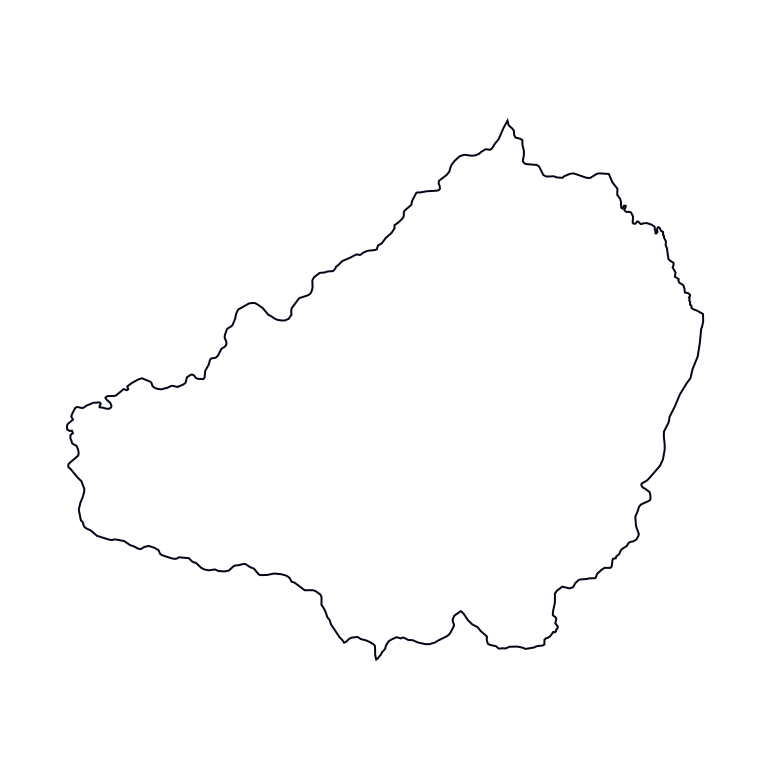 the district of Hatu-Builico, Ainaro, East Timor, rotated 96°
{"feature_id": "22284137B50442427378542", "entity_name": "Hatu-Builico", "entity_type": "district", "adm_level": 2, "iso_a3": "TLS", "parent_name": "East Timor", "parent_adm1": "Ainaro", "projection": "mercator", "projection_center": [125.548, -8.944], "detail": "fine", "context": "isolated", "style": "outline", "palette": "ink", "viewbox_px": 768, "rotation_deg": 96, "n_neighbors": 0, "source": "geoboundaries", "source_scale": "gbopen_adm2", "svg_char_len": 6133}
<svg xmlns="http://www.w3.org/2000/svg" viewBox="0 0 768 768"><g transform="rotate(96 384 384)"><path d="M449.0,691.7L451.9,689.6L457.2,694.6L459.6,694.9L462.5,694.2L463.6,691.4L463.0,689.6L465.4,688.2L467.4,690.4L470.7,690.3L473.0,688.9L475.1,688.3L476.3,686.8L477.6,683.4L480.5,681.7L484.0,680.5L487.1,680.6L496.3,689.2L498.2,689.6L499.9,689.0L500.9,687.2L509.0,679.0L512.3,674.8L519.8,671.0L523.2,671.0L527.9,671.8L534.2,673.6L540.9,674.4L551.3,671.2L552.7,669.3L556.9,667.5L558.5,665.5L560.3,660.4L565.0,653.5L567.3,642.4L567.7,638.3L566.8,636.2L566.7,633.9L567.4,625.9L570.8,619.6L571.4,616.5L573.4,611.4L573.7,608.8L571.2,605.5L569.6,601.2L570.9,595.2L572.8,590.9L576.2,589.0L577.4,587.1L579.6,576.9L579.8,573.7L579.2,571.7L577.8,569.9L577.6,559.9L580.3,556.7L581.4,554.2L581.3,552.7L585.8,546.7L587.1,543.8L587.4,541.6L587.6,538.6L586.1,532.9L587.3,528.9L587.1,523.2L585.8,518.8L581.5,515.1L580.3,513.5L579.1,508.7L577.6,504.9L577.6,502.8L580.1,498.1L581.3,493.9L586.3,488.9L587.0,487.1L586.1,480.2L584.0,473.5L583.9,466.6L584.6,461.9L585.5,459.6L587.1,457.3L590.3,455.3L590.9,452.2L597.4,441.3L596.5,433.1L597.2,430.3L600.1,425.2L602.7,423.8L610.2,423.1L613.8,420.1L617.5,417.9L621.7,416.1L624.6,413.3L628.6,411.6L640.4,401.8L643.7,397.9L645.5,396.6L644.1,394.5L641.2,392.2L639.7,389.8L638.4,384.4L638.8,382.7L640.1,380.5L640.9,374.8L642.1,371.3L643.9,367.2L645.5,365.6L655.1,364.3L658.8,362.9L657.7,361.7L653.6,358.9L650.9,357.8L647.2,355.2L643.8,354.7L639.4,352.5L637.2,349.7L634.5,345.1L635.3,340.6L634.3,339.2L634.3,337.4L636.0,333.2L635.8,328.6L637.5,323.3L638.4,315.8L637.9,311.4L635.8,306.3L633.5,303.4L628.6,295.6L626.8,293.5L624.5,292.0L617.4,289.2L615.9,289.3L612.9,290.8L610.3,291.0L606.9,289.7L601.9,283.9L603.8,281.1L610.4,275.5L613.9,271.0L615.9,265.7L619.6,262.0L624.3,255.3L628.0,255.0L631.4,253.6L632.3,251.8L633.1,245.0L634.8,243.0L635.1,241.4L634.4,238.6L634.3,235.5L632.2,231.7L631.2,224.0L631.8,218.3L632.7,215.6L630.3,207.0L629.2,205.5L628.4,203.3L627.6,199.0L626.3,197.3L621.6,197.7L620.2,196.6L619.2,194.4L617.5,192.4L612.8,189.7L613.1,188.1L611.8,187.0L610.2,187.1L609.2,186.1L607.1,185.7L604.1,188.6L599.4,188.1L597.7,189.3L597.1,190.9L595.9,192.0L592.9,192.2L583.5,191.2L574.5,192.1L571.4,190.3L566.9,185.5L567.9,178.1L566.2,174.6L562.1,173.0L558.5,169.8L557.8,168.0L556.7,161.8L555.9,159.9L555.0,153.6L553.3,152.8L550.6,152.3L545.6,147.8L543.8,145.4L543.2,139.6L542.1,138.7L540.7,138.4L535.6,138.4L533.9,138.0L533.1,135.3L531.5,135.1L528.4,132.2L525.3,131.4L523.4,130.2L519.6,125.5L516.6,124.2L515.3,122.6L514.5,119.7L512.3,116.7L508.4,115.1L506.5,114.9L498.7,118.6L489.6,120.2L484.0,118.4L479.4,117.5L477.0,115.9L472.5,108.2L471.2,107.1L468.7,107.1L465.3,107.9L463.6,108.7L460.9,113.3L459.9,115.8L457.9,117.4L456.1,117.4L452.4,112.3L450.0,110.4L436.7,101.1L429.8,98.7L419.8,98.0L414.6,98.6L407.0,100.2L402.1,100.6L392.3,96.9L386.7,96.5L375.9,92.4L363.5,88.7L351.5,83.0L346.1,79.8L337.0,78.7L323.8,74.9L310.1,74.2L295.8,74.3L294.2,73.7L288.3,73.1L281.0,74.1L278.2,80.7L277.4,84.1L276.2,86.1L273.9,86.5L273.1,88.0L270.3,88.1L269.0,89.2L267.2,89.0L266.0,89.8L265.3,89.1L264.1,88.9L263.1,89.2L261.9,91.0L261.5,94.4L257.5,95.2L254.3,96.9L252.4,100.9L250.5,102.0L248.9,101.9L246.9,105.9L242.7,105.7L237.8,109.2L235.7,108.5L233.3,108.7L230.9,113.3L229.9,114.2L219.2,116.9L216.5,118.4L212.8,118.5L209.2,120.8L207.3,121.1L206.7,122.0L203.6,122.3L202.7,124.6L200.5,125.7L199.8,126.5L199.3,127.3L199.5,128.0L201.5,128.6L204.4,127.9L205.9,129.2L205.7,129.8L203.4,130.0L202.0,130.9L200.2,131.0L199.1,131.6L197.6,134.5L196.5,139.3L197.1,143.0L198.0,144.4L198.0,145.5L196.0,148.1L195.8,149.1L198.3,150.7L198.4,152.8L197.4,153.6L191.4,153.8L187.7,156.2L187.1,158.1L187.6,160.6L186.5,162.8L185.6,163.2L182.8,162.2L181.7,162.1L181.5,162.4L181.6,164.0L184.5,165.1L184.1,166.3L180.7,167.2L178.7,167.2L175.3,168.4L171.5,171.8L165.4,172.3L159.6,177.9L151.6,182.4L152.0,192.2L153.0,194.7L157.5,200.4L157.8,204.0L154.8,217.0L155.1,219.6L156.3,222.5L158.8,226.9L160.3,228.0L160.5,233.5L159.7,236.8L160.7,244.2L159.5,247.4L151.6,252.4L150.2,254.8L150.4,266.2L149.4,267.9L147.7,269.3L141.4,268.8L137.4,269.3L131.3,271.4L127.0,271.9L125.9,274.0L125.2,279.0L122.7,280.6L118.4,281.4L116.4,283.3L113.8,287.0L109.2,288.7L117.1,292.0L128.4,295.5L133.1,298.6L138.5,301.3L140.0,303.0L139.9,307.5L143.1,311.7L145.1,313.5L147.0,317.0L147.8,320.4L147.6,327.5L148.7,330.8L150.0,333.0L155.0,337.3L158.8,339.6L162.2,340.7L166.0,341.2L169.7,343.7L176.1,350.5L178.4,350.7L181.5,349.3L183.9,348.7L185.6,350.0L186.3,352.1L187.8,361.4L189.8,368.3L189.9,370.6L190.6,371.9L199.0,375.2L203.0,375.6L209.5,381.7L211.0,382.2L215.3,381.9L218.1,383.4L221.9,386.6L225.0,390.2L228.1,389.8L232.8,392.2L238.7,397.6L244.4,401.0L246.9,404.5L250.7,405.2L251.6,406.6L253.3,414.4L255.7,418.6L257.7,420.4L258.2,421.8L258.0,425.0L262.1,431.1L266.1,438.4L270.5,441.9L272.3,443.9L274.6,444.6L277.1,446.6L277.9,451.7L279.3,454.7L280.2,459.5L285.2,464.8L288.5,466.1L295.7,465.1L299.9,465.8L301.7,466.7L303.5,468.4L307.4,477.1L308.6,478.0L318.4,483.8L321.3,483.9L324.8,483.3L329.1,485.6L331.2,489.2L331.5,492.2L331.4,496.3L330.5,499.4L328.2,503.6L327.3,506.2L321.2,512.5L318.3,517.7L317.1,520.6L317.0,522.4L318.0,526.7L325.3,536.9L329.9,538.5L334.4,538.8L341.0,540.7L342.4,541.7L345.3,545.5L347.1,546.3L352.4,547.4L354.0,547.4L355.5,546.9L358.1,545.3L360.5,544.9L362.3,545.3L363.7,546.4L366.0,549.4L372.7,551.9L374.8,553.4L375.7,554.7L376.6,558.4L378.2,559.6L382.7,560.2L389.7,563.2L396.0,563.1L398.0,564.1L398.3,569.8L397.5,571.9L395.2,574.0L394.6,576.2L395.5,577.8L397.9,580.7L403.5,581.5L405.7,583.8L408.6,589.3L407.9,593.6L408.1,595.3L410.4,599.1L412.6,605.0L412.5,609.0L411.6,612.0L410.3,614.0L407.3,615.3L406.2,616.5L403.6,625.3L405.0,628.5L406.9,631.4L409.6,635.2L413.3,639.1L415.9,637.8L417.1,639.2L416.2,642.3L423.3,649.2L424.0,650.8L424.9,657.2L425.4,658.5L426.7,659.6L428.2,658.7L431.6,654.1L434.4,652.7L435.9,653.0L437.3,654.7L437.6,657.4L436.9,661.5L436.9,664.4L435.5,664.5L433.3,663.6L432.0,664.9L433.1,671.2L436.8,677.9L438.6,679.8L439.5,681.6L438.9,686.4L439.7,688.3L444.7,690.5L449.0,691.7Z" fill="none" stroke="#020617" stroke-width="2"/></g></svg>